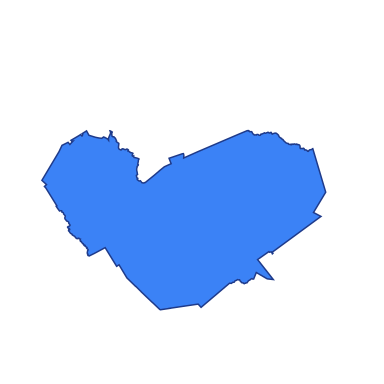 the district of Villagrán, Tamaulipas, Mexico, rotated 50°
{"feature_id": "50627088B25929785695958", "entity_name": "Villagrán", "entity_type": "district", "adm_level": 2, "iso_a3": "MEX", "parent_name": "Mexico", "parent_adm1": "Tamaulipas", "projection": "mercator", "projection_center": [-99.363, 24.589], "detail": "fine", "context": "isolated", "style": "filled", "palette": "blue", "viewbox_px": 384, "rotation_deg": 50, "n_neighbors": 0, "source": "geoboundaries", "source_scale": "gbopen_adm2", "svg_char_len": 5849}
<svg xmlns="http://www.w3.org/2000/svg" viewBox="0 0 384 384"><g transform="rotate(50 192 192)"><path d="M180.5,110.2L177.6,119.5L164.7,162.2L160.6,176.5L158.8,174.8L158.4,174.5L157.1,173.9L156.5,174.8L151.4,187.9L156.9,189.8L154.9,197.0L154.8,202.6L154.9,210.0L154.7,221.5L154.7,221.9L154.2,222.5L154.2,223.1L152.7,224.4L150.2,224.3L149.7,225.4L148.7,225.7L148.0,225.8L147.5,226.0L146.9,225.8L146.9,224.9L146.6,224.7L145.9,225.0L145.5,225.0L144.3,224.4L143.9,224.2L143.5,223.9L143.6,222.7L143.5,222.3L142.6,222.0L141.9,221.5L139.8,220.4L139.2,219.9L138.2,218.9L137.8,218.2L137.3,217.8L137.1,217.4L137.0,216.2L136.6,215.6L135.9,215.7L135.6,215.4L133.9,213.3L133.3,212.8L132.9,212.1L132.8,211.6L132.7,211.4L132.3,211.4L130.6,212.4L129.2,213.4L128.3,214.2L127.5,213.9L126.8,213.4L126.6,214.0L126.3,214.5L125.8,214.5L125.1,213.8L124.4,212.4L123.6,212.7L123.1,213.0L122.6,213.6L122.0,213.6L121.5,214.1L119.6,214.2L119.5,214.7L119.2,214.6L118.8,213.7L117.8,213.9L117.2,214.3L116.9,215.5L116.5,216.1L116.1,216.2L115.7,216.6L115.0,216.8L114.0,217.7L114.3,219.0L113.9,219.6L112.7,220.1L111.7,220.3L110.6,219.7L109.5,218.6L108.5,217.5L108.0,217.1L107.7,216.8L105.1,217.5L104.4,217.4L104.2,216.9L101.4,216.1L100.4,216.5L99.5,216.3L98.7,217.2L98.1,217.4L97.5,217.2L96.7,216.6L95.8,216.3L95.5,215.8L95.3,216.0L95.1,215.9L95.3,215.2L94.8,214.6L94.4,215.0L94.0,214.9L93.0,215.1L92.5,215.5L93.8,216.0L94.5,216.5L95.1,217.5L97.1,221.4L98.8,222.7L98.6,222.7L98.0,222.4L97.6,222.5L97.3,222.2L96.9,222.6L96.3,223.0L95.7,223.1L95.3,223.2L94.8,223.6L94.3,223.6L93.9,223.9L93.7,224.3L93.2,224.2L93.0,224.4L93.1,224.6L92.9,225.3L92.9,226.6L90.9,228.5L88.0,230.8L82.3,234.5L77.4,233.5L76.7,238.5L77.4,238.4L78.4,239.8L78.4,240.3L78.2,240.4L77.8,240.3L77.2,240.4L76.4,240.3L76.1,242.6L74.6,251.5L75.2,251.4L75.9,251.6L76.5,250.5L77.1,255.0L74.3,255.0L72.7,261.6L75.6,267.9L86.6,299.5L92.8,298.7L92.9,301.5L95.0,301.4L115.7,304.4L115.6,305.2L118.1,305.5L121.4,305.7L122.0,304.5L122.5,304.0L122.8,303.9L123.7,304.6L124.9,303.9L125.9,304.2L126.3,304.5L128.4,304.4L129.0,304.6L129.3,304.9L129.7,305.6L130.2,306.2L131.1,306.6L132.8,306.6L133.6,306.7L134.9,306.0L135.5,305.9L135.8,305.9L136.1,306.0L137.0,306.6L137.8,306.5L139.0,306.7L139.1,306.8L139.3,307.4L139.1,308.5L138.8,309.1L138.9,309.9L139.1,310.0L139.8,310.1L141.4,309.5L142.0,309.7L142.2,309.9L142.1,310.2L141.4,309.9L141.4,310.4L142.1,311.2L142.3,311.5L142.7,311.5L143.1,311.4L144.9,311.6L145.8,311.6L146.6,311.1L147.6,311.0L147.7,311.3L148.0,311.3L149.8,310.7L150.3,310.4L150.7,310.3L151.3,310.5L152.4,310.4L153.1,310.5L153.4,310.4L153.7,310.0L153.8,309.7L154.3,309.6L154.6,309.1L154.6,308.4L155.6,308.2L155.9,308.2L156.2,308.0L156.4,307.8L157.1,308.8L157.5,308.8L157.8,309.0L158.0,309.1L158.1,308.9L158.3,308.7L158.8,308.6L159.1,308.9L159.3,308.9L159.8,308.8L160.2,308.9L161.0,308.9L161.5,308.8L161.5,308.6L161.8,308.5L162.4,308.9L162.7,308.9L163.0,308.7L163.6,309.0L163.8,308.9L163.7,308.5L163.8,308.3L164.0,308.3L164.5,308.7L164.8,308.4L165.1,308.6L166.0,308.5L167.0,308.1L167.4,308.3L167.5,308.8L169.3,308.6L169.8,309.2L169.8,309.6L171.3,311.4L171.9,311.7L172.3,311.9L172.6,311.7L173.2,312.3L173.4,312.2L173.5,312.4L174.0,312.4L174.2,312.1L174.9,311.9L176.3,306.2L178.8,294.3L200.5,297.5L200.9,294.7L216.0,297.1L227.7,295.9L227.6,296.4L228.1,295.7L234.0,295.2L235.3,295.0L235.6,295.1L243.0,294.3L243.8,294.2L245.6,294.0L251.0,293.4L252.1,293.2L253.9,293.0L259.3,292.4L261.2,292.2L261.9,291.9L266.8,283.9L266.7,283.9L276.0,268.8L281.8,259.4L282.3,259.4L282.5,259.3L286.2,259.2L286.0,221.9L287.3,220.6L287.4,218.8L288.2,217.8L288.1,217.2L287.7,216.0L288.3,214.6L288.3,213.5L289.3,212.8L289.8,212.0L291.7,212.4L292.4,212.1L293.2,212.3L294.0,211.8L294.4,211.3L295.8,211.0L296.0,210.0L296.3,209.6L296.3,209.0L296.9,208.3L296.3,205.8L296.7,203.6L296.6,202.9L296.8,201.8L297.7,201.5L298.3,200.7L295.0,194.5L306.4,190.4L307.0,190.1L311.3,186.0L285.9,185.2L287.1,171.4L287.9,171.4L288.6,170.2L288.7,169.9L289.0,169.6L289.6,169.9L290.2,170.0L290.6,169.9L291.0,170.1L291.0,169.4L289.7,169.2L293.6,108.9L285.8,112.1L278.1,89.7L236.4,71.6L236.3,71.8L236.4,72.1L236.2,73.4L236.2,73.5L235.7,74.1L235.3,74.9L235.3,75.1L235.4,75.7L235.4,76.2L235.6,76.5L235.6,76.8L235.2,77.2L235.0,77.3L234.4,77.2L233.7,77.3L233.2,77.7L232.8,77.8L232.4,78.5L232.2,78.7L231.8,78.7L231.1,78.3L230.6,78.3L230.3,78.4L229.9,78.7L229.8,79.3L229.7,79.6L228.8,80.3L228.6,80.7L228.4,81.0L228.1,81.0L227.5,80.7L226.4,79.8L226.2,79.7L225.3,79.5L224.7,79.6L224.3,80.0L223.5,80.4L223.4,80.5L223.4,80.8L223.1,81.0L222.6,81.0L222.6,81.5L222.2,82.0L221.8,82.1L221.2,82.4L221.0,82.8L220.9,83.2L220.7,83.6L220.3,83.7L220.1,83.8L220.0,84.6L219.6,85.0L219.6,85.4L219.0,85.4L219.0,85.5L219.1,86.0L218.0,86.8L217.7,87.2L217.3,87.2L216.8,87.1L216.6,87.1L216.3,87.5L215.2,88.2L214.9,88.3L214.2,88.5L213.5,88.5L212.5,88.7L212.0,88.7L211.7,88.8L211.2,88.7L210.3,88.6L210.1,88.7L209.9,89.0L209.7,89.1L208.6,88.9L208.4,88.9L207.8,89.4L207.5,89.4L206.6,89.6L206.3,89.7L205.5,89.7L204.0,89.2L202.4,89.4L201.1,89.7L200.8,90.1L200.4,90.3L200.2,90.8L199.9,91.1L199.8,91.4L199.8,91.7L199.4,92.4L199.3,93.2L199.0,93.4L198.5,93.4L198.1,93.3L197.8,93.1L197.1,93.1L196.9,93.5L196.9,94.4L196.7,94.7L196.2,95.1L195.7,95.0L195.1,95.4L195.0,95.5L194.9,96.2L194.6,96.8L194.4,97.5L194.3,97.8L194.0,98.2L193.3,98.4L193.2,98.5L193.1,99.3L192.9,99.8L192.9,100.2L192.6,100.8L192.4,101.6L192.1,101.7L192.0,101.9L192.0,102.4L192.4,102.9L192.4,103.3L192.3,103.5L191.6,104.2L190.9,104.3L190.3,104.5L190.2,104.6L189.6,105.4L189.6,105.7L189.7,105.9L189.7,106.1L189.3,106.3L188.5,107.5L188.2,107.7L187.7,107.6L187.5,107.8L186.2,107.9L185.5,107.8L185.1,107.6L184.9,107.6L184.7,107.7L184.4,107.5L184.2,107.5L183.9,107.7L183.6,108.2L183.0,108.8L182.8,109.1L182.1,109.1L181.9,109.0L181.4,109.1L181.4,109.3L181.4,109.6L180.8,109.9L180.5,110.2Z" fill="#3b82f6" stroke="#1e3a8a" stroke-width="1.5"/></g></svg>